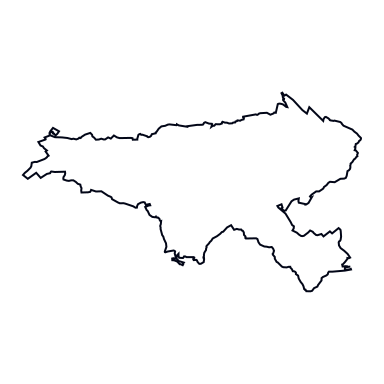 Jibou, Salaj, Romania
{"feature_id": "2599482B62846653397775", "entity_name": "Jibou", "entity_type": "district", "adm_level": 2, "iso_a3": "ROU", "parent_name": "Romania", "parent_adm1": "Salaj", "projection": "equal_earth", "projection_center": [23.24, 47.26], "detail": "fine", "context": "isolated", "style": "outline", "palette": "ink", "viewbox_px": 384, "rotation_deg": 0, "n_neighbors": 0, "source": "geoboundaries", "source_scale": "gbopen_adm2", "svg_char_len": 6016}
<svg xmlns="http://www.w3.org/2000/svg" viewBox="0 0 384 384"><path d="M312.1,290.8L314.1,288.1L317.4,286.6L318.0,285.1L321.5,280.5L321.6,278.1L322.9,277.0L326.3,275.5L327.7,274.4L328.2,272.6L328.9,271.7L332.0,271.7L344.9,270.6L351.0,269.5L350.8,268.9L349.4,269.4L344.9,269.9L344.9,267.4L350.3,266.6L347.9,266.8L347.2,266.3L345.4,266.2L342.6,266.5L342.2,264.6L342.7,264.5L345.0,262.0L347.4,258.9L347.4,258.0L348.8,258.2L350.1,257.6L347.6,253.9L344.1,250.7L340.6,248.1L339.0,245.4L338.7,242.3L339.1,241.4L340.0,240.9L340.6,239.8L341.1,236.6L340.7,230.9L340.4,229.7L338.6,228.1L332.1,233.4L329.9,231.4L323.5,236.4L321.4,234.0L317.5,235.2L316.1,235.0L313.7,233.0L312.8,231.8L310.1,230.5L308.2,232.5L303.9,235.8L302.6,236.1L301.2,236.0L299.1,234.7L296.9,232.7L292.5,230.5L293.7,228.4L293.9,226.3L292.1,225.0L290.7,222.1L285.5,213.6L278.3,207.5L277.4,206.0L281.5,204.3L282.5,207.5L281.6,208.1L281.9,208.8L283.8,210.7L285.7,210.5L291.5,201.3L294.0,199.6L298.8,198.4L298.4,201.0L298.8,202.7L305.4,204.1L305.4,204.6L306.1,204.5L308.5,203.0L311.7,197.4L311.1,197.7L310.0,196.4L311.7,194.6L316.2,191.4L319.1,191.4L322.4,189.2L323.3,188.5L324.0,187.0L326.6,185.1L328.4,182.8L330.0,181.8L334.7,182.2L340.4,178.8L344.2,178.6L345.8,177.9L346.7,175.8L347.5,171.1L348.9,170.3L350.1,168.8L350.4,167.0L350.2,165.6L350.6,164.7L350.6,163.6L352.3,162.1L354.0,159.4L355.2,158.6L356.4,156.9L357.4,156.3L357.1,154.9L357.9,153.0L355.8,150.4L354.7,150.2L355.3,148.4L355.4,147.3L354.8,146.9L355.4,146.3L355.8,144.0L356.8,143.7L358.4,142.5L359.1,141.0L360.3,140.2L361.0,138.8L360.9,137.9L358.6,135.7L357.0,133.6L354.3,131.6L352.4,129.6L343.5,125.7L342.0,124.0L341.4,122.9L340.2,122.0L334.4,120.6L333.7,120.9L330.5,120.4L329.8,120.1L329.6,119.5L328.3,118.3L325.9,116.9L324.8,117.2L323.5,119.2L323.2,120.9L309.3,107.2L306.9,113.6L302.4,110.1L293.0,99.9L286.1,94.6L284.4,95.6L282.3,92.7L281.5,93.2L282.9,96.1L282.7,96.8L283.1,97.8L284.1,98.6L284.0,99.2L283.1,99.5L283.2,100.3L285.3,102.6L287.3,107.1L286.2,106.9L283.3,104.6L281.8,104.0L279.8,103.6L278.4,103.8L277.8,104.1L275.8,112.8L274.3,112.5L273.6,113.4L270.4,114.7L266.9,112.8L260.2,113.2L258.8,113.7L258.3,114.3L257.1,114.9L255.8,114.4L243.1,116.7L243.1,117.4L243.9,118.2L243.6,119.4L241.5,119.9L240.2,120.7L237.4,120.4L237.0,121.1L235.5,121.5L235.2,122.4L233.1,122.6L232.3,123.3L229.1,123.5L227.0,122.7L224.9,122.6L222.5,121.8L221.9,122.5L221.9,123.5L219.8,124.3L215.6,124.2L214.3,125.7L212.6,125.9L211.4,126.8L212.2,124.1L211.9,123.8L209.0,123.6L205.3,122.2L204.1,122.8L203.1,124.5L202.0,124.8L196.9,124.9L186.6,126.3L186.8,126.7L178.8,125.4L177.0,124.4L177.0,124.8L176.6,125.2L169.5,124.4L167.9,124.6L165.2,125.8L161.4,126.4L158.7,128.7L156.5,131.9L155.7,132.5L155.7,133.3L151.8,134.2L151.1,135.8L149.9,136.8L148.2,137.2L147.3,136.7L147.2,136.3L142.4,134.7L141.2,134.8L140.3,133.9L139.3,134.2L138.4,134.9L137.3,138.7L137.3,139.6L132.8,139.7L132.5,138.2L130.9,137.9L119.6,138.1L117.0,137.4L113.9,135.5L110.8,138.6L108.1,137.4L105.2,139.4L103.9,139.5L101.2,138.7L98.9,139.5L95.9,139.7L94.1,137.6L92.4,136.4L92.1,134.8L90.3,132.9L85.1,134.6L81.4,137.0L80.8,137.9L80.2,138.1L79.3,137.7L78.4,138.6L76.3,139.4L73.4,138.7L71.6,139.1L67.4,138.0L61.9,137.4L55.0,137.2L49.9,135.2L49.8,132.9L51.1,132.1L51.0,131.6L52.6,131.8L52.9,132.2L52.8,132.7L53.3,133.1L53.1,133.5L54.1,133.7L54.1,134.1L55.7,135.3L57.3,133.8L59.0,131.3L53.0,127.9L50.3,131.3L49.5,133.0L49.7,135.5L44.6,137.5L45.7,139.1L45.5,139.5L38.4,142.0L40.5,145.5L42.9,146.5L44.0,148.2L46.9,150.5L45.6,151.5L48.6,155.7L47.3,156.5L47.0,157.2L45.5,158.4L44.3,159.1L36.8,162.0L34.8,161.9L31.8,162.7L31.3,166.2L30.5,167.7L27.3,170.9L24.9,172.8L23.0,175.0L27.8,178.8L36.2,172.8L40.7,177.9L46.9,173.9L50.1,173.2L50.9,171.7L51.3,171.5L54.8,172.0L65.0,171.7L65.2,173.4L64.8,175.1L63.5,177.1L63.3,178.5L63.5,179.5L66.8,180.6L68.9,180.9L71.3,180.3L73.3,180.3L75.8,181.9L77.8,183.8L80.3,184.6L80.7,186.5L81.5,188.1L81.2,190.6L81.5,192.5L88.0,192.3L90.1,191.9L90.8,190.8L91.1,189.9L96.0,191.5L101.4,191.3L108.0,195.7L110.7,196.8L111.5,197.4L112.1,199.2L118.2,202.6L119.9,203.3L123.5,203.2L125.2,203.6L133.2,206.3L135.5,207.7L136.9,207.6L137.1,206.1L138.0,204.2L140.9,202.6L143.2,202.1L144.7,202.4L145.8,204.8L149.7,204.0L150.2,205.3L148.7,205.5L145.2,207.0L146.7,210.1L147.7,211.0L149.5,214.9L152.3,216.9L155.2,217.3L155.8,216.7L155.9,217.0L157.2,217.4L157.3,217.7L158.1,217.6L159.4,218.8L159.8,220.2L160.7,221.4L161.1,221.2L160.8,224.1L160.2,226.0L160.6,227.4L160.6,229.1L162.2,235.1L163.3,236.6L164.0,239.1L166.0,243.3L166.4,246.8L164.8,251.5L164.9,252.1L165.3,252.3L167.8,251.5L173.6,250.5L174.6,250.9L175.1,251.4L174.7,253.4L175.9,257.8L175.1,258.6L173.5,258.2L172.2,258.5L172.3,260.2L174.1,260.3L176.7,261.3L177.5,261.8L179.7,264.2L180.6,264.2L182.7,265.2L183.2,264.3L182.9,263.8L183.8,262.6L178.3,260.9L177.6,259.6L176.4,258.8L176.9,255.5L178.5,253.8L178.5,256.3L179.3,257.8L183.0,258.0L183.7,257.2L183.9,256.5L184.2,256.4L185.1,256.4L186.5,257.1L193.6,257.1L194.3,257.5L194.3,257.9L193.2,259.1L193.7,260.1L196.3,259.9L196.9,260.3L197.5,261.8L199.1,263.7L199.8,263.9L201.0,263.7L203.7,262.1L204.1,259.3L204.0,258.0L203.6,258.1L203.4,257.2L204.0,255.9L203.9,254.9L204.3,252.7L206.0,250.0L206.1,248.5L206.6,247.3L206.4,246.3L207.0,245.5L209.0,243.4L209.7,242.2L211.3,240.7L212.7,238.5L217.0,236.2L220.2,233.8L221.8,232.1L223.2,231.7L227.1,227.4L231.1,225.2L234.1,229.8L236.8,228.9L238.9,229.5L241.2,229.5L241.9,230.5L242.8,230.8L243.8,232.4L244.0,234.9L245.4,236.4L245.6,237.2L245.3,237.9L245.9,238.5L256.1,238.3L257.4,239.0L258.5,242.3L260.1,244.6L264.3,246.5L266.7,246.7L269.1,247.3L271.7,247.0L273.1,248.6L274.0,250.8L273.1,253.6L272.7,253.9L272.8,254.6L274.8,257.0L274.8,258.7L276.6,261.9L277.8,262.5L281.9,266.6L283.3,267.2L286.6,267.4L288.7,266.8L290.2,266.8L290.2,267.4L291.9,269.2L292.8,271.2L294.1,271.3L295.3,271.9L295.9,272.7L295.9,274.1L298.1,275.6L298.7,278.5L300.7,282.0L302.5,284.2L303.5,286.3L304.2,289.1L305.2,289.5L305.1,289.9L305.9,290.3L306.3,291.2L310.5,291.3L312.1,290.8Z" fill="none" stroke="#020617" stroke-width="2"/></svg>